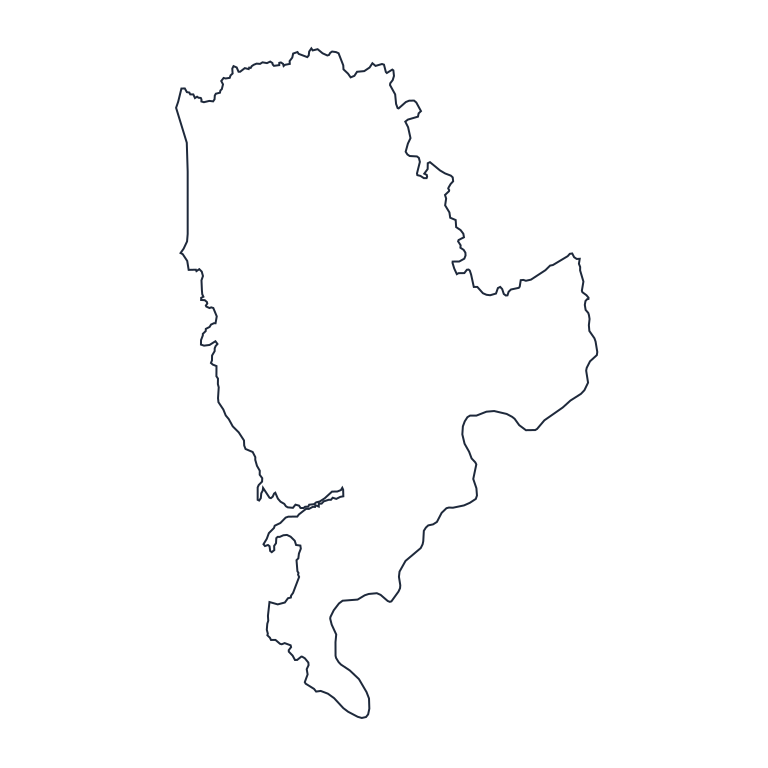 the district of Lilala, Maseru, Lesotho, rotated 181°
{"feature_id": "5366337B93833812873267", "entity_name": "Lilala", "entity_type": "district", "adm_level": 2, "iso_a3": "LSO", "parent_name": "Lesotho", "parent_adm1": "Maseru", "projection": "robinson", "projection_center": [27.404, -29.498], "detail": "fine", "context": "isolated", "style": "outline", "palette": "slate", "viewbox_px": 768, "rotation_deg": 181, "n_neighbors": 0, "source": "geoboundaries", "source_scale": "gbopen_adm2", "svg_char_len": 6146}
<svg xmlns="http://www.w3.org/2000/svg" viewBox="0 0 768 768"><g transform="rotate(181 384 384)"><path d="M462.5,718.3L464.6,715.1L465.0,711.2L466.4,709.5L475.1,712.6L476.3,714.4L480.6,712.8L481.4,708.8L484.0,705.2L483.8,702.4L488.6,701.4L489.9,700.2L490.5,702.3L492.7,703.7L494.3,703.3L494.3,701.0L499.6,700.2L500.8,701.4L501.2,703.0L503.4,704.4L506.6,702.8L511.1,703.5L513.5,701.9L517.0,702.1L519.8,700.9L521.8,699.5L522.8,697.7L524.3,698.0L524.8,696.5L528.7,697.4L533.3,693.7L534.9,693.7L536.8,697.9L540.0,699.2L541.2,696.7L540.8,691.8L542.8,689.9L543.6,687.4L547.7,686.7L549.7,687.2L552.0,684.1L550.2,680.8L551.3,676.0L552.7,674.6L553.1,672.4L557.2,671.3L558.2,669.5L558.4,665.7L559.8,663.6L563.6,664.0L569.0,662.6L571.5,663.3L571.5,665.4L572.2,666.8L574.5,667.0L575.9,668.0L578.0,666.6L579.7,670.2L582.8,670.2L583.7,672.0L586.2,672.4L588.3,676.0L591.7,675.9L594.7,662.7L596.7,656.5L585.4,621.8L584.0,593.0L582.9,530.6L583.4,523.1L586.7,515.8L589.7,511.4L587.5,510.3L582.9,503.6L581.3,494.7L574.1,495.0L573.5,493.6L570.7,495.6L568.2,493.2L566.9,488.8L568.3,484.5L567.7,474.5L567.3,470.6L566.1,468.1L568.3,467.0L568.3,464.8L564.7,464.7L562.5,462.9L562.1,461.4L563.5,459.3L563.0,458.3L559.8,456.9L558.1,457.6L556.0,457.0L552.4,448.7L553.5,441.8L555.1,441.8L558.0,440.4L559.4,438.0L563.1,436.0L563.2,433.8L566.0,431.0L566.0,429.4L567.7,424.7L567.7,420.2L564.6,419.2L559.1,420.0L553.3,423.8L551.2,421.1L553.0,419.0L553.9,416.7L553.9,413.9L556.4,409.5L556.4,404.6L557.4,402.0L555.5,400.4L551.8,399.0L551.7,388.8L550.1,386.5L550.1,381.0L549.2,377.8L549.7,366.9L549.2,362.9L544.2,355.7L541.7,349.8L538.6,346.2L534.5,339.0L528.4,333.1L523.0,325.1L522.7,320.0L521.3,316.6L514.1,313.7L511.4,308.6L511.4,305.9L509.6,300.0L506.7,295.1L506.7,291.1L504.1,287.7L504.2,284.3L507.5,280.8L508.5,278.4L508.3,266.0L506.8,265.3L505.2,267.7L504.8,272.6L503.4,275.3L503.1,278.0L496.5,268.3L495.1,267.9L493.3,269.4L492.0,272.5L490.8,273.4L488.1,267.5L485.4,264.5L481.6,262.4L480.0,260.1L478.1,259.0L472.9,258.6L470.4,261.8L466.8,260.9L465.3,258.6L462.3,258.6L460.7,259.9L457.6,260.1L456.7,262.0L451.9,262.6L449.7,264.5L446.2,265.4L441.3,268.7L434.1,275.5L428.8,275.7L425.2,277.2L423.9,279.5L423.0,277.6L422.7,271.0L425.7,270.4L429.7,268.3L433.3,269.4L435.0,267.3L437.2,267.3L442.2,265.6L444.3,263.3L447.1,263.2L447.1,260.3L450.5,261.6L450.8,259.9L453.1,259.9L456.9,257.8L459.8,257.8L466.8,252.1L468.4,249.9L477.3,249.7L480.0,248.7L485.2,243.2L490.8,240.4L491.5,238.1L496.5,232.9L498.5,227.2L501.7,221.7L500.2,219.9L497.2,221.0L495.6,219.8L494.9,215.1L493.3,213.9L490.8,216.0L491.0,220.2L489.2,222.9L489.0,228.0L487.7,229.3L485.6,229.3L482.0,231.0L478.4,231.4L474.7,229.7L470.5,225.7L469.1,221.5L464.8,221.0L464.3,217.9L466.1,213.0L466.6,208.2L468.4,206.3L467.3,195.3L466.2,193.6L466.6,191.9L465.5,189.6L471.3,173.5L473.2,170.8L473.4,168.9L476.3,168.1L479.3,163.8L486.4,161.8L494.7,164.0L496.0,150.1L495.6,145.3L496.5,142.3L496.9,136.2L495.8,132.4L496.2,130.7L493.7,128.4L492.5,126.1L488.0,126.2L483.4,122.4L481.7,122.0L478.8,123.2L472.8,121.1L472.3,119.3L474.6,116.2L474.5,114.7L470.6,110.8L468.2,106.5L466.0,106.6L461.9,110.0L461.0,109.9L458.4,108.4L454.8,104.2L454.5,101.6L456.3,97.5L455.3,92.3L458.0,84.5L457.1,83.0L448.6,77.9L446.5,75.3L441.9,76.0L434.7,73.4L428.4,69.0L419.0,59.2L414.2,55.7L404.5,50.8L400.4,49.7L396.2,50.7L394.1,53.4L393.0,59.1L393.5,69.3L396.1,75.7L403.9,88.5L413.2,97.0L422.1,102.7L424.5,105.1L427.1,109.2L427.7,111.4L428.0,125.0L427.4,132.7L432.1,142.5L433.7,148.4L433.5,150.1L430.3,156.9L425.2,163.8L421.6,166.6L406.6,168.0L399.6,172.4L395.6,173.8L387.5,174.7L383.7,173.1L376.5,167.1L374.4,166.3L372.8,166.8L365.9,176.7L364.4,180.1L364.2,183.0L365.7,191.5L365.2,196.7L359.4,207.5L344.4,220.6L342.6,224.4L342.0,227.5L341.6,237.9L339.6,241.2L337.3,243.4L332.5,244.5L328.7,247.0L324.1,256.2L319.4,260.9L316.9,261.6L312.9,261.5L301.9,264.0L296.1,266.7L290.2,270.7L289.1,274.1L289.8,281.4L293.1,290.6L290.3,305.2L291.3,307.2L295.1,311.1L297.7,317.7L302.4,325.7L304.8,335.0L304.4,343.0L302.6,348.1L300.0,352.3L297.4,353.9L291.1,354.0L281.1,358.1L273.4,358.9L260.8,356.2L255.3,353.4L252.8,351.5L248.1,345.2L241.3,340.3L232.0,340.6L230.2,341.7L223.0,350.5L204.9,363.6L197.3,370.7L186.9,377.6L183.5,381.3L180.0,388.9L182.1,400.9L181.6,403.7L178.4,410.3L171.7,416.6L171.3,419.7L173.2,430.1L174.4,433.4L179.6,440.6L180.2,446.4L179.6,452.6L180.3,456.5L181.0,458.6L183.7,461.6L184.6,466.6L184.0,470.5L182.3,472.4L181.1,472.6L181.0,473.8L183.1,476.3L187.2,479.2L187.8,480.7L186.4,489.9L189.9,501.0L189.9,504.4L191.2,507.6L190.5,512.6L193.5,512.4L196.1,514.1L198.1,517.8L200.5,517.4L202.6,515.0L217.2,505.9L220.0,505.3L224.6,500.6L238.9,490.9L243.9,489.7L246.5,490.5L249.1,490.2L250.0,483.7L250.9,482.5L258.7,480.7L261.0,478.4L262.1,474.8L263.7,474.6L265.8,476.1L267.5,481.0L269.5,483.1L271.8,481.9L273.6,476.4L279.4,474.6L283.1,475.0L286.7,476.5L292.4,482.7L295.9,482.6L298.8,494.9L300.2,498.9L301.4,499.9L303.1,499.7L305.6,496.3L311.5,496.1L313.1,495.1L315.8,500.7L317.6,506.3L317.5,507.6L310.9,507.8L305.9,510.7L304.7,513.9L304.9,516.7L306.7,519.5L310.0,521.6L309.8,524.0L312.4,527.9L311.9,529.3L306.6,532.1L307.3,535.6L310.1,539.2L314.6,542.1L315.2,549.2L320.7,551.4L321.6,556.7L326.0,563.7L325.1,570.5L326.3,574.1L322.4,577.9L322.2,579.0L323.2,580.6L322.9,581.5L320.9,585.1L318.4,587.9L318.9,591.8L320.8,593.5L326.6,595.6L331.7,598.5L341.9,606.6L344.1,605.5L344.1,599.7L347.4,595.0L344.9,593.8L344.5,592.0L345.0,590.6L347.7,590.5L351.2,592.7L354.3,593.4L354.7,595.1L352.0,606.7L353.1,610.7L355.0,612.1L362.3,612.4L364.6,613.9L366.4,616.6L364.3,624.8L361.8,630.3L364.4,641.2L367.3,646.7L364.7,648.8L354.7,651.9L354.1,655.2L351.8,657.5L356.6,666.0L358.9,667.9L363.8,667.7L367.1,666.3L374.2,659.8L375.2,660.1L376.8,664.2L377.9,673.8L383.2,683.0L383.0,684.8L380.6,688.0L379.4,692.2L380.1,697.7L381.2,698.5L386.6,695.0L387.6,696.0L389.6,703.3L391.6,703.9L398.0,701.9L401.2,704.5L403.9,700.2L409.2,696.5L416.4,695.7L419.0,691.6L422.7,690.0L425.4,693.7L430.0,697.9L430.3,701.9L435.2,713.9L437.7,715.0L441.7,715.5L443.5,714.2L444.8,712.0L446.4,711.5L451.2,713.6L456.2,717.6L461.1,716.3L462.5,718.3Z" fill="none" stroke="#1e293b" stroke-width="2"/></g></svg>